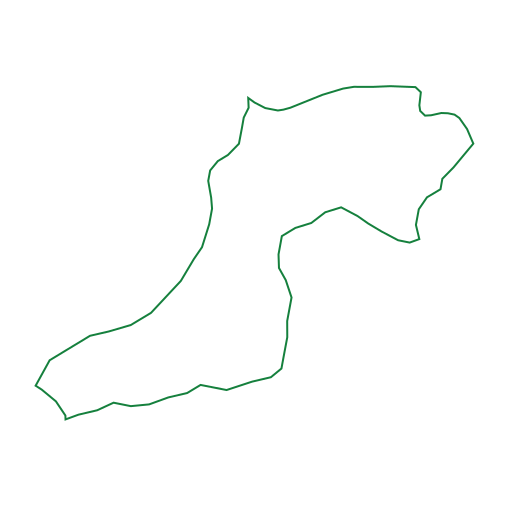 Hamju, Hamgyŏng-namdo, North Korea (Mercator projection), rotated 100°
{"feature_id": "82179303B5529079256515", "entity_name": "Hamju", "entity_type": "district", "adm_level": 2, "iso_a3": "PRK", "parent_name": "North Korea", "parent_adm1": "Hamgyŏng-namdo", "projection": "mercator", "projection_center": [127.263, 39.9], "detail": "fine", "context": "isolated", "style": "outline", "palette": "green", "viewbox_px": 512, "rotation_deg": 100, "n_neighbors": 0, "source": "geoboundaries", "source_scale": "gbopen_adm2", "svg_char_len": 1193}
<svg xmlns="http://www.w3.org/2000/svg" viewBox="0 0 512 512"><g transform="rotate(100 256 256)"><path d="M393.1,261.7L380.4,238.0L372.8,220.3L362.4,211.4L349.1,211.3L330.6,211.1L314.6,214.0L290.7,213.8L274.6,222.5L263.8,231.3L250.5,234.1L231.9,234.0L221.5,222.1L213.9,207.3L200.9,195.4L193.3,180.6L199.0,163.0L204.5,151.2L210.1,136.5L215.8,118.8L216.1,107.0L211.0,98.1L197.6,103.9L181.7,103.8L168.5,97.8L158.2,85.9L147.6,85.9L134.5,76.9L124.0,70.9L113.5,64.9L107.6,61.5L94.3,70.2L84.8,79.7L82.3,85.0L82.1,91.8L83.0,98.3L87.0,108.0L88.4,113.9L84.6,119.5L79.2,121.3L66.1,122.1L62.0,128.3L65.4,153.1L69.2,170.5L72.4,189.0L76.0,199.3L85.7,218.5L104.0,247.9L107.1,254.4L108.9,259.7L108.7,272.6L105.1,284.1L101.7,291.1L111.3,289.0L121.8,292.1L132.4,292.1L148.4,292.3L161.4,301.2L169.2,310.1L179.7,316.0L190.3,316.1L206.3,310.3L217.0,307.5L232.9,307.6L256.7,310.7L269.9,316.7L293.6,325.7L311.9,337.6L330.2,349.5L345.7,367.3L355.9,387.9L363.4,405.6L381.6,426.4L394.5,441.1L422.0,450.5L424.8,443.8L433.9,427.8L446.2,416.0L450.0,415.2L443.1,403.3L435.5,385.6L425.2,370.8L425.6,353.2L420.7,335.5L410.5,317.8L402.9,300.0L392.6,288.2L393.1,261.7Z" fill="none" stroke="#15803d" stroke-width="2"/></g></svg>